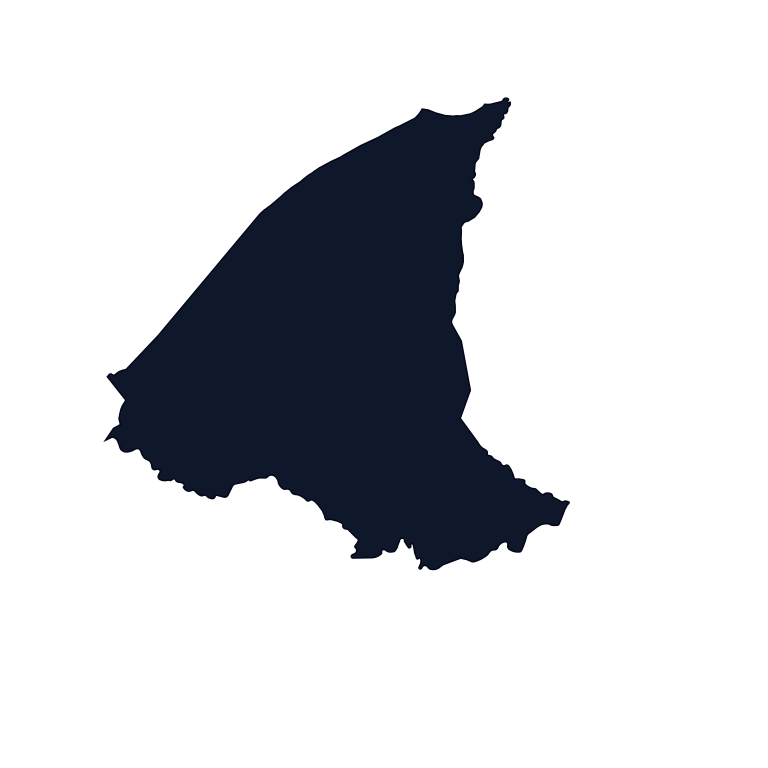 Sinuapa, Ocotepeque, Honduras (Natural Earth projection), rotated 236°
{"feature_id": "27666195B66978151973678", "entity_name": "Sinuapa", "entity_type": "district", "adm_level": 2, "iso_a3": "HND", "parent_name": "Honduras", "parent_adm1": "Ocotepeque", "projection": "natural_earth1", "projection_center": [-89.15, 14.455], "detail": "fine", "context": "isolated", "style": "filled", "palette": "ink", "viewbox_px": 768, "rotation_deg": 236, "n_neighbors": 0, "source": "geoboundaries", "source_scale": "gbopen_adm2", "svg_char_len": 6171}
<svg xmlns="http://www.w3.org/2000/svg" viewBox="0 0 768 768"><g transform="rotate(236 384 384)"><path d="M492.5,564.7L493.1,564.6L493.7,565.1L496.1,568.1L499.8,570.7L501.7,571.5L504.6,571.5L505.0,572.4L504.9,574.1L505.3,575.1L506.2,576.5L507.2,577.2L509.9,577.9L515.6,582.5L516.7,583.7L518.1,588.4L524.4,594.4L526.4,597.2L527.1,599.8L527.9,601.7L527.2,606.9L526.1,610.8L526.2,611.7L526.8,612.6L529.7,612.8L530.3,613.3L530.7,614.0L531.2,617.7L532.7,620.2L532.7,621.2L532.3,622.5L532.8,624.9L537.0,628.5L537.3,629.0L537.4,631.5L537.7,632.2L541.0,633.7L541.1,634.3L540.2,636.4L540.5,637.5L540.8,638.4L541.5,639.3L543.7,641.0L544.2,642.0L544.3,643.5L545.4,645.3L547.2,646.1L547.4,644.5L547.7,644.0L548.3,643.8L549.1,644.2L549.6,645.6L550.2,646.3L551.2,646.4L552.3,645.6L553.1,644.5L553.4,643.2L553.2,642.1L552.3,640.5L552.4,639.3L556.2,629.0L557.5,626.6L559.6,623.9L558.8,621.9L558.5,620.8L558.7,612.8L559.0,609.6L559.8,606.0L563.2,597.8L563.9,596.6L565.6,594.4L567.3,591.1L572.5,584.6L580.0,578.2L586.5,573.8L590.6,569.4L589.4,567.0L588.2,563.8L587.2,559.5L587.0,558.1L589.0,541.8L590.0,536.6L591.7,516.6L594.6,498.3L596.2,479.0L596.4,474.4L597.9,465.1L599.3,451.5L599.3,444.8L599.1,442.9L599.3,437.7L598.9,432.1L598.4,428.4L598.5,418.0L597.7,407.9L597.0,403.9L595.5,390.7L595.1,381.7L594.3,376.2L550.4,223.9L540.2,178.1L541.4,175.2L542.2,172.1L542.4,169.9L542.1,166.7L542.2,165.2L542.9,164.2L544.8,163.5L545.5,162.4L545.5,161.6L544.7,158.7L515.9,160.9L514.6,160.4L512.2,154.9L510.1,151.8L507.1,148.5L503.4,144.9L497.7,142.8L498.5,135.1L493.1,121.6L492.0,129.1L489.7,130.8L488.0,131.3L486.1,131.4L482.4,130.6L478.7,129.5L477.1,129.3L475.0,129.7L473.0,130.9L471.5,132.7L470.2,135.5L469.5,138.2L469.1,141.6L468.8,142.7L468.1,143.9L467.1,144.7L465.2,145.0L460.9,144.0L457.5,143.8L455.3,144.4L452.0,146.4L449.9,146.8L447.5,146.4L444.3,144.9L443.0,144.8L442.1,145.1L441.3,145.8L440.8,146.7L440.4,148.2L439.7,149.2L438.9,149.8L437.9,150.0L436.8,149.7L435.9,149.0L434.7,146.3L433.7,145.1L432.1,144.4L430.5,144.6L428.2,146.2L426.4,148.3L425.0,151.2L423.4,153.0L423.2,154.0L423.3,155.9L423.1,156.7L422.5,157.3L421.7,157.6L419.8,157.5L418.6,157.9L417.6,158.7L415.6,160.9L413.3,162.2L412.5,162.2L411.7,161.8L411.1,161.1L410.7,160.1L410.3,159.9L408.2,160.0L406.1,160.7L405.0,161.5L404.1,162.5L403.6,163.7L403.2,165.6L402.2,166.9L401.4,167.3L397.3,168.1L394.4,169.3L393.1,170.6L392.4,172.9L391.7,173.8L391.0,174.2L388.0,175.0L385.9,176.6L384.7,177.9L384.4,179.1L384.6,180.1L385.6,181.7L385.5,183.0L379.4,188.4L378.9,189.4L378.6,190.6L379.0,192.3L384.2,201.4L384.6,202.9L384.5,204.4L380.9,213.0L380.5,215.4L380.7,217.9L380.3,218.4L379.0,218.7L378.4,219.4L377.1,224.8L376.2,227.5L375.1,229.5L373.0,232.3L372.3,233.6L372.1,234.9L372.5,237.0L372.2,238.5L371.3,240.1L370.0,241.3L367.8,242.2L365.6,242.4L363.4,242.2L360.7,241.1L359.1,240.8L356.5,240.9L354.3,241.4L352.6,242.4L351.1,245.2L349.7,246.5L348.0,247.0L345.4,246.8L344.1,247.1L342.4,248.3L340.1,250.9L337.9,252.3L333.8,254.2L331.1,254.7L329.9,255.1L329.1,256.3L329.0,258.1L328.6,259.0L328.0,259.7L326.5,260.5L324.5,261.1L321.1,261.7L313.6,262.1L308.4,261.2L305.5,260.1L304.2,260.0L303.4,260.7L302.3,263.0L301.1,264.6L296.2,268.9L292.9,270.9L291.5,271.4L290.7,271.5L288.6,270.1L287.3,270.0L285.9,270.6L284.4,272.3L283.3,272.9L273.4,274.8L269.9,275.8L269.0,275.8L267.9,274.2L266.9,272.4L266.2,270.0L265.6,269.0L264.8,268.7L263.3,268.9L262.2,268.8L261.2,268.3L260.5,267.7L259.9,266.5L259.6,265.4L259.7,264.2L260.2,262.4L260.0,261.3L259.5,260.5L258.8,260.2L258.0,260.2L257.3,260.6L246.6,277.1L245.3,279.9L244.6,283.0L244.6,286.2L245.3,287.6L246.7,288.3L247.2,288.9L247.5,289.8L247.2,290.9L246.0,292.2L243.8,293.0L242.1,294.1L240.8,295.9L239.5,298.5L239.6,300.1L241.0,303.2L243.9,306.9L245.0,308.8L245.7,309.3L246.2,310.1L246.5,311.5L246.1,312.9L245.2,313.8L244.1,314.1L243.1,313.8L242.3,313.1L241.3,313.0L237.1,312.8L234.5,312.9L233.8,313.7L233.9,314.9L234.4,315.5L235.8,315.9L236.3,316.9L236.0,318.0L235.0,318.5L232.7,317.8L226.9,315.1L221.3,313.6L220.6,313.6L220.2,314.0L220.0,315.7L219.6,316.4L218.9,316.6L217.9,316.5L216.2,315.5L214.6,314.0L212.3,310.3L211.4,310.0L210.5,310.4L210.2,311.0L210.2,311.8L211.0,313.4L211.3,314.6L211.1,315.6L210.7,316.6L209.9,317.3L208.9,317.9L206.1,318.2L204.5,318.9L202.6,321.2L201.4,323.6L200.9,326.5L201.2,330.5L201.1,332.4L196.8,350.2L192.2,354.5L187.5,357.6L186.5,358.9L185.7,361.1L184.6,366.5L184.4,371.5L184.6,374.2L185.8,377.6L186.1,379.8L185.7,381.2L184.5,383.3L184.2,384.8L184.5,386.3L185.9,388.6L186.4,390.2L186.5,393.2L185.9,395.6L184.9,397.1L183.4,397.7L182.1,397.4L180.5,395.9L179.1,395.3L177.7,395.2L176.2,395.7L173.6,397.2L171.6,398.9L169.5,401.6L168.8,402.9L168.7,403.6L169.3,405.2L171.7,408.9L174.5,412.8L178.2,417.2L178.9,418.4L179.3,420.0L179.9,430.5L179.7,435.0L179.2,436.8L178.3,439.0L176.3,442.1L173.3,444.0L171.8,445.7L170.2,448.3L169.7,449.5L169.7,450.2L171.1,452.6L178.9,463.8L181.2,468.2L181.7,470.4L182.2,471.2L182.7,471.3L183.5,470.8L185.2,469.4L185.9,468.1L186.3,466.1L187.1,465.2L190.8,463.5L195.2,461.0L196.3,460.9L198.5,461.4L199.4,461.2L200.5,460.5L201.8,459.1L202.8,457.6L203.2,456.1L203.3,454.2L204.0,453.2L206.9,452.2L211.9,451.1L212.8,450.5L214.2,448.8L215.6,447.6L218.0,446.2L220.5,445.2L222.6,444.9L223.5,445.3L224.9,446.5L226.1,446.4L229.5,443.0L231.7,439.8L232.4,439.3L233.6,439.3L236.8,440.4L242.1,441.4L244.9,441.5L247.1,441.3L248.2,440.4L248.8,438.0L249.1,437.4L249.8,436.8L251.2,436.4L253.7,436.5L255.0,436.2L259.5,433.5L261.1,432.9L263.1,432.8L264.6,432.3L266.1,430.7L267.2,430.2L268.1,430.3L269.7,431.5L271.0,431.8L272.4,431.4L276.0,429.7L279.3,429.0L283.7,429.1L312.9,428.0L330.6,452.1L376.5,472.1L395.4,473.7L396.5,474.0L398.3,475.0L399.5,476.2L402.0,481.0L403.6,483.1L409.4,486.9L413.5,489.0L418.4,493.9L419.3,495.5L419.5,497.0L420.1,497.7L424.1,500.4L427.1,503.8L431.6,505.8L432.6,506.4L434.3,508.8L437.1,513.7L439.2,516.2L441.2,518.2L446.6,521.7L449.8,522.9L456.1,526.0L461.7,529.3L467.1,533.3L470.8,535.4L471.9,537.4L473.0,540.2L473.1,541.0L472.9,542.6L472.0,545.0L471.7,552.3L473.6,559.1L476.0,563.7L477.3,565.1L479.2,566.5L483.5,567.5L486.0,566.6L489.8,564.2L491.4,564.0L492.5,564.7Z" fill="#0f172a" stroke="#020617" stroke-width="1.5"/></g></svg>